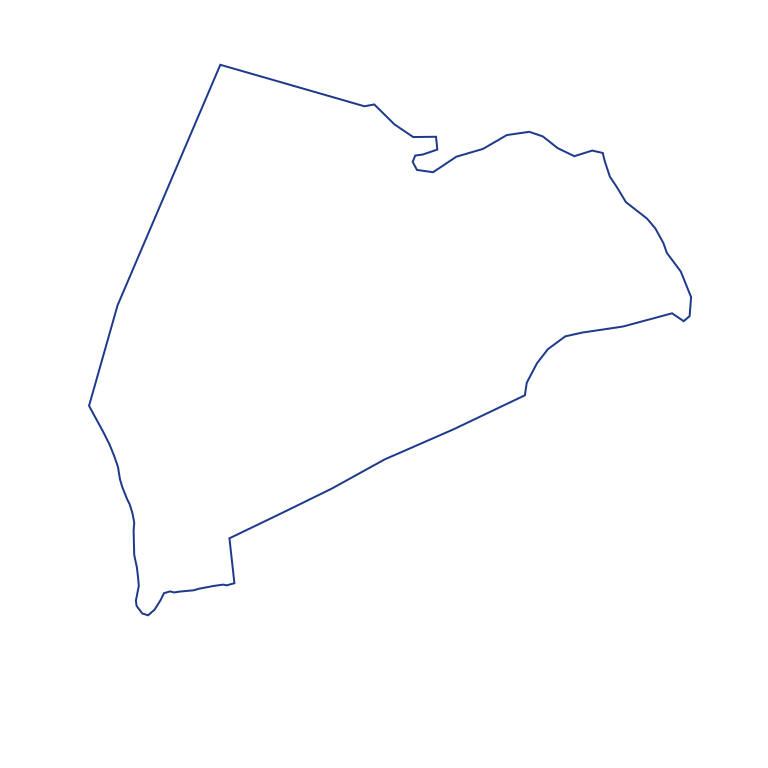 Fond Bernier, Soufrière, Saint Lucia (Equal Earth projection), rotated 13°
{"feature_id": "8701671B2449694797689", "entity_name": "Fond Bernier", "entity_type": "district", "adm_level": 2, "iso_a3": "LCA", "parent_name": "Saint Lucia", "parent_adm1": "Soufrière", "projection": "equal_earth", "projection_center": [-61.059, 13.858], "detail": "fine", "context": "isolated", "style": "outline", "palette": "blue", "viewbox_px": 768, "rotation_deg": 13, "n_neighbors": 0, "source": "geoboundaries", "source_scale": "gbopen_adm2", "svg_char_len": 1185}
<svg xmlns="http://www.w3.org/2000/svg" viewBox="0 0 768 768"><g transform="rotate(13 384 384)"><path d="M101.5,471.6L103.5,473.9L121.0,493.6L130.2,504.7L137.2,514.7L143.5,524.7L145.0,528.5L148.1,536.1L152.0,543.0L159.6,554.0L163.3,558.5L167.7,566.1L169.8,570.6L171.9,575.5L172.9,582.7L175.7,593.7L179.1,606.8L184.6,618.6L187.9,627.9L190.5,635.8L191.0,650.9L192.8,655.8L200.1,662.0L206.2,662.4L211.2,655.5L214.9,644.9L216.7,637.3L222.2,634.2L226.4,634.3L231.7,632.2L245.0,627.8L249.8,625.1L263.7,619.0L272.6,615.6L275.9,615.6L283.0,611.8L282.5,610.2L268.1,569.1L311.9,534.0L356.7,497.6L401.5,457.4L462.2,412.3L523.8,363.3L522.8,350.7L528.4,329.4L535.9,313.1L549.9,296.8L565.8,289.2L604.0,274.2L648.8,250.3L661.9,255.4L666.5,249.1L663.7,230.3L647.9,207.7L630.1,192.6L624.5,183.8L613.3,171.3L603.1,163.7L578.8,152.4L566.7,139.9L557.4,131.1L549.0,117.3L545.2,109.7L534.4,109.7L518.2,119.2L500.1,115.1L483.0,107.0L468.8,105.6L447.7,113.8L427.5,132.7L403.3,146.3L384.2,166.6L368.0,168.0L362.0,161.2L363.0,154.4L370.1,151.7L383.2,143.6L379.1,131.4L356.9,136.8L335.8,128.7L311.6,113.8L302.5,117.8L152.7,109.8L106.7,367.3L101.5,471.6Z" fill="none" stroke="#1e3a8a" stroke-width="2"/></g></svg>